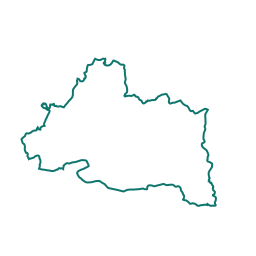 the district of Sanmatenga, Sanmatenga, Burkina Faso, rotated 102°
{"feature_id": "67063806B54692073140068", "entity_name": "Sanmatenga", "entity_type": "district", "adm_level": 2, "iso_a3": "BFA", "parent_name": "Burkina Faso", "parent_adm1": "Sanmatenga", "projection": "mercator", "projection_center": [-1.024, 13.246], "detail": "fine", "context": "isolated", "style": "outline", "palette": "teal", "viewbox_px": 256, "rotation_deg": 102, "n_neighbors": 0, "source": "geoboundaries", "source_scale": "gbopen_adm2", "svg_char_len": 5772}
<svg xmlns="http://www.w3.org/2000/svg" viewBox="0 0 256 256"><g transform="rotate(102 128 128)"><path d="M186.3,206.6L186.5,204.4L186.1,199.5L186.2,198.3L185.9,195.7L186.0,193.9L185.6,192.3L185.1,191.1L183.4,188.9L183.4,188.3L181.5,187.0L181.7,185.7L181.3,184.8L181.2,183.9L181.6,182.9L180.7,183.1L179.3,182.9L178.4,183.2L177.2,182.5L175.3,180.8L175.1,180.3L174.9,177.9L173.3,175.4L172.1,172.1L169.2,167.0L168.9,166.0L168.5,162.8L168.6,162.2L168.8,161.7L172.3,159.0L173.5,158.6L174.0,159.1L177.3,163.1L178.8,165.6L180.4,167.5L180.8,167.8L182.0,168.4L182.9,168.3L184.3,167.4L186.1,165.7L186.8,164.4L187.0,163.7L187.3,163.1L187.8,162.6L188.8,160.6L189.8,158.0L189.7,156.3L188.7,152.6L186.6,148.3L185.8,145.5L186.0,144.1L187.1,141.5L187.7,139.3L190.3,135.7L190.8,134.7L190.8,125.5L191.0,120.3L191.0,119.1L188.7,115.9L188.4,115.1L187.4,111.8L187.2,110.3L185.6,104.7L184.1,100.8L184.4,98.9L184.0,96.9L183.7,96.6L181.5,96.8L180.8,96.6L180.2,96.2L179.7,95.5L179.4,94.0L179.3,92.7L179.6,90.3L175.4,81.8L175.4,80.9L175.8,79.3L175.9,78.2L174.7,75.0L174.2,72.4L174.6,71.2L175.5,69.6L175.4,68.8L174.5,66.8L174.6,66.1L175.0,65.0L176.4,63.7L177.5,63.5L178.1,63.2L179.0,62.1L179.6,61.6L180.1,61.0L181.0,60.6L181.6,60.3L181.9,59.7L182.9,58.9L185.1,58.8L185.7,58.9L186.4,59.3L186.6,59.3L186.9,57.9L186.7,56.4L187.7,53.7L189.0,52.0L189.2,51.4L189.1,51.0L188.1,48.9L188.3,47.7L188.1,46.9L188.7,45.6L188.8,44.9L189.3,44.6L189.5,44.0L189.4,42.4L188.4,40.8L187.8,38.7L187.2,37.5L186.9,36.0L187.0,35.4L186.6,34.9L186.7,34.6L185.8,34.5L186.6,32.7L186.7,32.3L186.9,30.5L186.3,29.4L186.3,28.5L185.9,26.7L185.7,26.4L185.1,26.2L184.5,26.8L183.3,27.5L182.6,27.6L181.1,27.2L180.1,27.2L178.3,27.4L177.8,27.6L177.3,28.2L176.9,29.0L176.3,30.9L175.6,30.9L175.3,30.3L174.6,29.7L174.2,29.6L172.5,29.7L171.5,30.9L170.8,32.0L170.0,32.3L168.7,32.5L168.2,32.3L167.7,32.4L167.2,32.9L166.8,33.0L165.7,34.3L164.9,34.6L164.5,35.0L164.3,35.3L164.6,35.6L164.6,35.9L164.0,36.8L162.9,37.3L163.1,37.9L162.4,37.9L161.8,38.2L161.1,38.0L160.6,37.7L159.9,37.8L159.8,38.0L159.1,38.5L158.5,38.6L157.7,39.1L155.1,39.8L152.7,39.3L150.6,38.4L148.8,37.8L145.9,38.1L145.3,38.4L145.1,38.8L144.8,40.0L144.4,40.5L144.2,42.8L143.5,43.7L142.8,43.8L142.2,43.7L141.5,43.7L139.7,44.1L138.1,43.6L136.3,44.4L133.8,46.2L133.3,46.8L131.5,50.6L130.2,51.9L129.3,52.3L128.4,52.4L127.6,52.3L126.4,50.7L125.9,50.3L125.5,50.2L124.3,50.8L123.2,51.8L120.9,52.4L117.6,52.7L116.0,52.6L114.3,52.2L112.7,52.2L110.6,53.4L108.3,53.0L107.3,53.1L102.5,54.3L99.2,55.2L97.8,55.1L93.6,53.7L93.2,54.9L93.2,56.4L93.4,57.1L94.1,57.8L97.0,61.4L99.0,63.3L99.8,65.2L99.8,65.7L97.8,68.0L97.9,68.8L98.3,69.3L98.4,69.8L98.2,70.6L97.7,71.3L95.5,73.0L94.5,74.2L94.2,74.7L94.0,76.4L93.7,77.4L92.8,79.4L90.2,82.4L90.7,83.4L93.5,87.6L93.9,89.3L95.2,91.5L95.3,91.9L95.3,92.3L94.6,93.2L94.0,93.5L90.8,93.7L90.3,94.0L87.7,96.6L87.0,97.1L86.8,97.9L86.9,98.4L87.7,100.1L88.4,101.8L90.6,104.4L90.9,105.0L91.2,105.3L92.9,105.9L93.1,106.4L93.5,106.7L94.1,106.6L95.2,107.8L95.2,108.1L95.5,109.2L95.7,110.4L96.8,112.4L96.9,113.3L97.1,113.7L97.0,114.2L97.5,114.3L98.1,115.0L98.0,115.4L98.0,115.6L98.3,115.8L99.2,115.9L100.7,117.6L100.7,118.5L99.9,119.4L98.6,120.4L98.3,121.0L98.0,122.6L95.9,124.4L95.6,125.3L95.7,126.5L95.6,126.9L94.9,127.5L94.8,128.3L94.2,128.7L94.2,128.9L95.9,131.1L96.2,133.8L97.2,136.4L97.6,137.0L97.7,137.8L97.2,138.2L95.4,137.9L94.5,137.1L93.0,136.4L90.4,136.8L87.2,138.2L84.9,140.2L84.0,140.6L81.5,140.4L80.3,140.5L76.7,142.0L74.2,142.6L73.3,143.0L72.2,143.0L71.1,143.7L70.5,144.3L69.7,144.4L68.5,144.3L67.9,144.5L67.3,145.0L67.0,145.7L67.4,147.3L67.4,148.6L66.8,149.9L65.9,151.3L65.0,155.8L65.3,156.5L67.3,157.1L69.5,158.3L70.9,160.0L71.3,162.2L71.0,163.7L70.7,163.7L70.3,164.6L69.5,165.3L69.1,165.2L68.9,164.9L69.1,164.3L68.8,163.9L68.0,164.5L67.7,164.4L65.5,164.4L65.0,164.7L65.2,165.2L65.4,166.9L67.1,169.0L67.4,169.7L67.7,171.3L67.5,173.0L67.1,174.5L68.4,175.0L72.8,176.1L73.2,176.5L74.1,178.1L74.6,179.8L74.9,180.4L77.8,180.6L81.4,180.2L81.9,180.6L83.0,182.1L83.7,182.0L85.4,180.6L85.9,180.5L86.0,180.1L86.3,180.0L87.6,180.0L88.2,180.2L88.5,181.0L88.9,181.1L89.4,180.8L90.9,181.4L91.7,182.2L92.0,182.7L92.1,184.4L91.8,185.0L91.1,185.3L90.7,185.8L90.3,186.4L90.3,187.4L90.8,187.2L91.2,187.6L92.4,187.8L94.7,186.9L95.9,187.0L99.0,188.6L101.6,189.7L103.8,189.5L107.0,188.8L109.2,188.9L111.3,189.8L113.9,191.5L116.3,192.6L118.5,193.9L121.1,195.1L121.0,195.7L121.1,196.5L121.0,197.2L120.6,198.2L121.6,200.9L121.6,202.4L121.3,203.0L121.6,203.5L121.5,204.1L121.7,204.3L121.4,204.9L120.6,205.1L119.9,205.6L120.6,206.6L121.1,207.0L121.0,208.4L121.1,208.8L122.0,209.0L123.8,208.7L124.9,208.9L125.5,209.6L125.1,210.9L124.6,211.5L123.0,212.5L122.0,213.0L121.4,213.9L121.3,214.3L121.5,215.0L122.3,215.2L122.2,215.7L122.0,215.9L122.5,216.0L122.5,216.4L122.8,216.4L123.4,216.9L123.4,217.0L123.7,217.2L124.7,216.7L124.9,216.1L125.5,215.5L125.8,214.8L126.0,214.1L125.8,213.6L125.8,212.6L126.8,211.3L126.9,211.0L127.0,208.8L127.2,208.4L127.7,208.2L129.3,208.3L132.4,209.2L135.5,209.8L136.3,210.2L138.5,210.4L140.2,210.9L141.6,210.9L142.6,210.7L143.2,210.1L144.0,211.9L145.7,213.6L147.8,213.4L147.9,214.5L147.7,215.1L146.2,216.4L147.7,217.0L148.9,216.9L149.4,217.2L150.2,219.7L151.5,221.2L152.6,222.0L153.9,223.8L154.2,224.6L154.2,225.9L154.5,226.3L155.1,226.8L157.1,227.0L160.5,229.6L160.8,229.8L161.4,229.7L163.7,228.5L164.5,227.9L164.8,227.6L165.3,226.4L165.9,225.8L167.4,225.0L170.3,224.6L171.7,223.9L173.4,222.7L173.3,221.6L173.9,220.8L174.5,220.6L176.2,220.6L178.9,218.6L178.4,218.3L178.6,217.9L178.5,217.5L176.7,214.4L176.1,213.6L175.2,213.1L174.4,212.1L173.8,211.1L173.6,210.0L174.0,209.2L175.1,208.5L176.4,208.2L176.8,207.6L177.5,207.1L179.6,206.5L180.7,206.5L182.3,206.8L183.4,206.3L184.0,206.3L186.3,206.6Z" fill="none" stroke="#0f766e" stroke-width="2"/></g></svg>